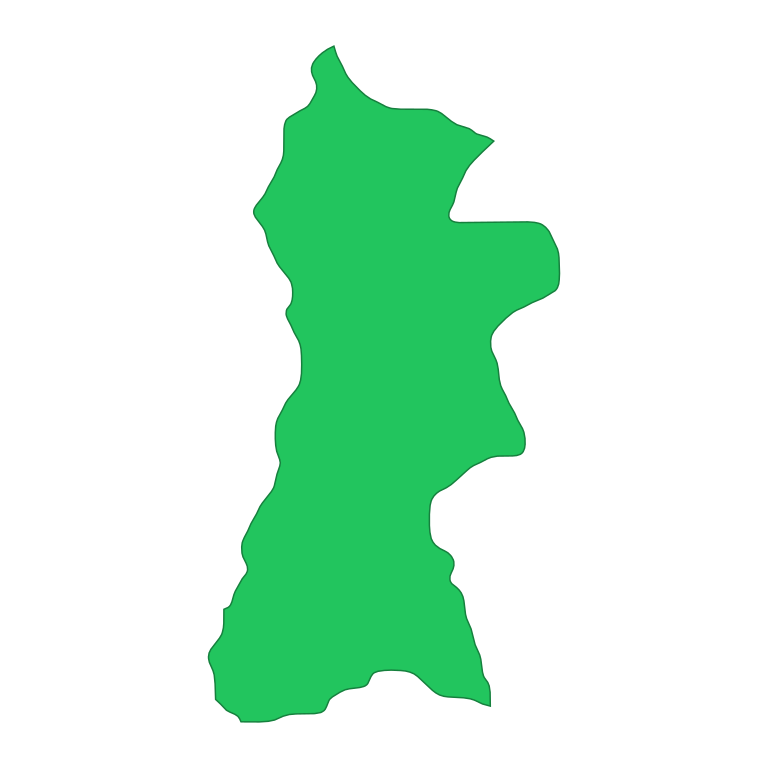 outline of Salcedo, Hermanas, Dominican Republic
{"feature_id": "3306468B93547885769442", "entity_name": "Salcedo", "entity_type": "district", "adm_level": 2, "iso_a3": "DOM", "parent_name": "Dominican Republic", "parent_adm1": "Hermanas", "projection": "albers", "projection_center": [-70.395, 19.439], "detail": "fine", "context": "isolated", "style": "filled", "palette": "green", "viewbox_px": 768, "rotation_deg": 0, "n_neighbors": 0, "source": "geoboundaries", "source_scale": "gbopen_adm2", "svg_char_len": 4068}
<svg xmlns="http://www.w3.org/2000/svg" viewBox="0 0 768 768"><path d="M215.6,699.4L220.6,704.1L226.4,710.2L229.7,712.0L234.9,714.3L237.9,716.3L239.7,718.9L241.0,721.8L259.3,721.9L268.3,721.3L274.6,720.0L283.1,716.2L289.3,714.5L296.2,713.9L314.6,713.6L320.8,712.5L322.5,711.6L324.1,710.5L325.2,709.2L326.6,706.4L329.0,700.4L329.9,699.1L332.4,696.9L340.0,692.2L345.0,689.8L349.3,688.8L359.8,687.5L363.7,686.5L365.3,685.8L366.8,684.7L367.8,683.5L371.0,676.5L372.8,673.9L374.3,672.7L378.0,671.3L384.4,670.4L391.3,670.1L400.7,670.5L405.4,671.0L409.9,672.1L414.1,673.9L417.7,676.5L432.3,690.2L435.8,692.9L439.6,695.0L443.8,696.3L448.1,696.9L463.7,697.8L470.2,698.8L474.1,700.0L482.6,704.0L490.3,706.1L490.1,692.2L489.2,686.0L487.8,682.5L484.3,677.6L483.5,675.9L482.5,672.2L480.8,659.3L479.7,655.0L475.1,644.7L471.1,629.0L466.6,618.6L465.5,614.3L463.9,600.9L462.9,596.6L461.2,592.9L459.1,590.0L456.7,587.6L451.8,583.7L450.9,582.4L450.2,581.0L449.9,579.4L450.0,576.1L451.1,573.2L453.1,568.8L453.9,565.5L453.8,561.7L453.3,559.9L451.6,556.7L450.5,555.3L447.9,552.8L444.8,551.0L439.8,548.5L435.4,545.2L433.0,542.2L431.2,538.6L429.9,532.2L429.4,525.5L429.4,514.2L430.1,505.4L431.1,501.2L431.9,499.2L433.9,496.0L436.5,493.3L439.5,491.1L446.4,487.7L451.1,484.6L455.9,480.5L467.0,470.4L470.2,467.7L473.7,465.5L480.9,462.2L487.5,458.7L491.1,457.3L497.5,456.1L512.7,455.9L516.7,455.5L520.4,454.3L522.0,453.1L523.2,451.6L524.6,448.1L525.1,444.3L525.0,438.4L523.9,432.3L522.5,428.6L517.8,420.3L514.6,413.0L508.9,403.1L505.7,395.7L502.2,389.1L500.7,385.6L499.3,379.6L498.2,369.2L497.1,363.2L495.8,359.6L491.8,351.2L490.8,347.2L490.6,341.1L491.2,337.0L491.8,335.0L493.9,331.1L498.0,326.0L506.0,318.1L512.9,312.4L516.6,310.2L523.9,307.0L532.2,302.6L542.9,298.1L555.1,290.7L556.3,289.4L557.4,287.7L558.7,284.0L559.2,279.9L559.5,273.4L559.0,257.7L558.5,253.3L557.4,249.0L549.2,231.7L548.1,230.2L545.6,227.3L542.6,225.0L540.8,224.0L538.8,223.3L534.5,222.4L527.8,221.9L459.2,222.6L455.3,222.1L453.5,221.6L451.8,220.8L450.3,219.5L449.3,217.9L448.8,216.1L449.0,212.6L450.1,209.6L452.5,205.1L453.9,201.8L456.2,192.0L457.4,188.1L462.6,178.0L465.9,170.7L469.6,165.3L474.1,160.2L482.2,152.1L493.8,141.1L490.3,138.8L487.1,137.1L476.8,134.0L475.4,133.2L471.8,130.3L469.1,128.6L456.8,124.7L451.5,121.4L441.6,113.5L437.9,111.4L435.9,110.7L431.7,109.8L427.3,109.3L400.6,109.2L391.9,108.5L389.8,108.0L386.0,106.7L377.7,102.3L370.5,98.9L365.1,95.2L360.1,90.7L352.2,82.6L348.0,77.4L345.7,73.6L342.4,66.3L337.1,56.2L335.7,52.2L333.9,46.1L327.5,49.3L322.3,52.9L319.0,55.8L316.1,58.9L313.7,62.2L312.7,64.0L311.5,67.9L311.6,71.8L312.6,75.4L315.6,81.6L316.6,85.1L316.7,88.9L315.9,92.6L314.3,95.9L309.9,103.6L307.6,106.4L304.7,108.4L300.0,110.8L289.5,117.1L286.8,119.4L285.8,121.0L284.6,124.7L284.0,128.8L283.8,150.9L283.4,155.3L282.3,159.5L280.8,163.0L277.2,169.6L274.1,177.0L268.4,186.8L265.0,193.9L262.7,197.3L256.4,205.1L254.5,208.3L253.9,210.1L253.7,211.9L253.9,213.8L255.4,217.2L262.5,226.6L264.6,230.2L265.9,234.0L267.6,241.9L268.8,245.8L273.9,255.9L277.2,263.2L279.5,266.7L288.9,278.4L291.0,282.1L291.6,284.1L292.5,288.2L292.7,292.3L292.6,296.3L292.1,300.1L291.1,303.4L290.3,304.8L286.9,309.2L286.4,310.7L286.1,314.0L286.4,315.7L287.6,318.9L290.9,325.2L294.1,332.4L298.7,340.7L300.1,344.6L301.0,348.9L301.5,355.6L301.7,364.6L301.5,373.6L300.6,380.2L299.4,384.3L298.4,386.3L296.1,389.8L288.0,399.5L285.7,403.0L282.3,410.1L277.8,418.4L276.5,422.1L275.7,426.2L275.3,432.6L275.3,439.0L275.7,445.3L276.7,451.3L279.7,459.6L280.3,462.8L279.8,466.0L277.0,474.2L274.3,485.9L273.6,487.8L271.5,491.4L262.3,503.1L260.0,506.6L256.6,513.8L251.0,523.6L247.8,530.9L244.3,537.5L242.8,541.0L242.2,542.9L241.7,547.0L242.0,553.1L243.0,556.9L246.1,563.2L247.3,566.3L247.6,569.7L247.3,571.4L246.0,574.1L242.3,578.7L235.3,591.2L233.9,594.7L231.9,601.9L230.5,605.0L229.5,606.3L228.2,607.4L223.9,609.3L223.8,623.3L223.4,627.9L222.4,632.3L221.7,634.4L219.6,638.0L210.9,649.3L209.1,653.0L208.5,656.8L208.6,658.7L209.4,662.4L213.0,670.6L214.2,674.8L215.1,683.8L215.6,699.4Z" fill="#22c55e" stroke="#15803d" stroke-width="1.5"/></svg>